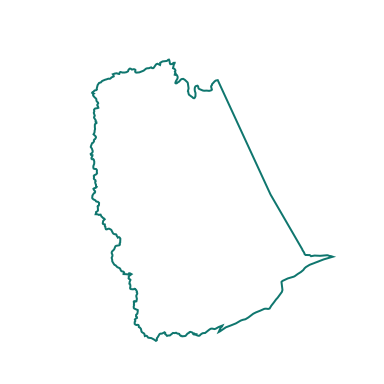 outline of Itupiranga, Pará, Brazil, rotated 67°
{"feature_id": "56859067B73095906204951", "entity_name": "Itupiranga", "entity_type": "district", "adm_level": 2, "iso_a3": "BRA", "parent_name": "Brazil", "parent_adm1": "Pará", "projection": "natural_earth1", "projection_center": [-49.924, -5.078], "detail": "fine", "context": "isolated", "style": "outline", "palette": "teal", "viewbox_px": 384, "rotation_deg": 67, "n_neighbors": 0, "source": "geoboundaries", "source_scale": "gbopen_adm2", "svg_char_len": 6007}
<svg xmlns="http://www.w3.org/2000/svg" viewBox="0 0 384 384"><g transform="rotate(67 192 192)"><path d="M331.3,222.1L331.2,220.7L329.8,213.7L330.0,208.7L330.1,202.9L329.4,197.5L329.5,195.3L330.0,192.5L329.5,189.1L328.0,183.2L327.8,180.2L327.9,175.5L327.8,171.1L328.3,169.5L329.4,167.6L329.6,166.1L327.7,163.5L325.6,159.7L323.8,156.7L322.8,154.5L319.1,148.3L317.5,147.0L309.8,144.8L309.2,143.5L309.0,137.5L309.7,131.4L309.6,130.2L308.8,126.7L308.2,123.0L307.3,120.0L306.2,118.2L305.6,116.4L305.0,112.2L305.5,97.1L306.6,87.7L305.2,89.3L304.8,90.2L303.3,91.8L302.9,92.6L300.8,99.0L298.4,104.0L297.6,107.5L296.7,107.9L296.0,108.4L294.4,112.0L293.3,112.6L291.4,112.5L288.7,113.0L287.9,112.9L225.0,120.7L99.1,124.6L98.7,126.5L99.0,127.9L100.6,131.4L101.4,131.9L101.8,132.7L102.6,133.3L105.6,133.7L105.9,134.7L105.8,135.5L105.6,136.7L104.4,138.9L103.5,141.3L102.8,142.4L99.9,145.2L98.9,145.5L97.2,145.1L96.3,145.4L96.1,146.5L96.1,147.4L96.8,148.4L98.2,149.3L100.1,149.9L102.3,150.1L105.2,151.4L106.3,152.6L106.5,153.5L105.9,154.2L105.2,154.4L103.1,155.7L101.1,156.8L99.4,156.6L98.3,156.3L97.6,156.4L95.5,154.8L94.7,154.5L90.1,153.3L89.3,153.3L85.9,154.8L84.4,155.9L84.0,157.5L84.2,158.5L85.4,160.9L85.4,161.8L85.9,163.4L85.8,164.3L85.1,164.7L83.8,163.6L82.1,161.3L81.3,160.6L80.3,160.2L78.6,160.2L77.9,160.7L77.8,161.5L77.3,162.1L76.6,161.6L76.4,160.7L74.6,160.8L74.2,160.1L73.5,159.7L71.9,160.0L70.6,161.1L67.3,158.7L66.9,157.9L66.3,157.5L65.9,158.5L66.4,160.3L66.2,161.1L65.8,162.0L65.1,162.1L61.9,161.4L61.1,161.5L61.0,162.3L61.4,163.2L61.5,164.1L60.3,168.1L60.6,170.8L61.7,171.1L62.6,171.8L60.5,173.6L60.4,174.6L60.6,175.4L62.7,178.7L62.8,179.5L62.3,180.4L61.3,180.9L61.2,183.3L60.6,185.0L60.5,186.1L61.4,189.1L61.3,193.7L60.4,196.5L59.8,197.2L59.0,197.3L58.4,196.8L57.4,196.4L56.7,196.9L56.2,197.6L55.8,199.5L54.5,200.3L54.1,201.3L54.8,202.8L55.9,203.7L56.1,205.5L55.7,207.3L55.0,209.1L53.6,211.0L53.7,211.8L54.9,212.8L54.5,213.6L53.3,214.9L52.8,216.9L52.7,218.8L53.5,218.6L55.0,218.9L55.1,221.5L55.5,222.2L55.7,223.2L55.4,224.1L55.0,224.7L54.9,226.8L54.7,228.1L54.7,231.3L55.5,233.1L55.3,234.9L56.7,237.1L59.6,239.3L60.5,239.5L60.8,240.4L60.5,242.0L61.2,243.7L61.2,244.5L61.7,245.2L62.4,244.8L63.0,244.1L63.2,244.9L64.0,244.9L64.6,245.3L66.7,244.7L68.4,243.9L69.1,243.8L70.7,244.3L71.6,244.2L72.9,243.6L73.7,243.7L74.7,245.1L75.5,245.4L76.2,245.1L77.9,245.3L77.9,246.1L77.3,248.5L77.6,249.4L78.1,250.1L79.5,250.4L80.8,251.5L83.8,251.7L84.9,253.0L85.8,253.1L88.5,252.6L89.1,253.1L89.8,253.3L90.4,252.7L91.3,253.1L91.3,253.9L91.6,254.6L92.2,255.2L94.6,256.2L96.1,256.6L97.4,257.6L98.8,258.3L99.5,258.9L100.4,260.1L102.7,259.1L103.5,258.9L104.3,259.1L105.4,260.5L105.5,261.4L106.0,262.1L106.9,262.3L107.5,263.0L108.0,263.9L108.0,264.9L110.4,267.2L111.0,267.6L112.9,267.2L115.5,267.4L116.4,267.9L116.9,268.6L117.4,270.4L118.3,270.5L119.2,269.2L119.8,269.5L121.4,271.3L122.2,271.5L122.9,271.1L123.2,270.0L124.1,269.8L125.9,270.1L127.8,271.0L129.6,272.7L131.0,273.3L132.0,273.4L132.6,272.8L133.4,271.3L134.3,271.0L135.0,271.1L136.6,271.9L137.5,272.0L138.0,272.6L138.3,273.4L138.4,275.4L138.9,276.2L139.7,276.2L141.2,277.1L141.9,277.1L143.5,276.3L144.5,276.5L144.9,277.2L146.0,277.5L146.9,277.6L147.6,277.5L149.3,278.1L150.0,277.7L150.4,278.4L150.5,279.4L150.3,280.5L150.6,281.5L152.6,281.3L153.4,280.9L154.2,281.2L154.8,281.9L154.8,282.8L156.3,285.0L158.3,286.1L159.0,286.2L160.5,285.5L161.2,284.7L162.2,284.1L163.1,284.0L163.7,283.4L164.3,282.4L165.7,281.8L167.4,282.6L168.1,283.2L168.0,284.1L168.5,284.6L169.4,284.7L172.1,285.7L172.7,286.5L173.0,288.2L173.6,288.4L174.8,289.4L175.6,287.7L176.8,286.6L176.8,285.8L177.1,285.0L179.3,284.9L180.0,284.4L180.9,284.2L182.2,283.2L183.0,283.0L183.6,284.6L184.1,285.2L186.0,286.4L186.8,286.3L187.8,284.9L189.5,285.6L190.2,285.3L191.1,285.7L192.6,285.8L193.1,285.1L193.1,283.4L193.4,282.6L194.7,281.5L195.4,281.1L198.7,280.9L199.5,280.7L200.2,280.2L200.9,279.3L201.1,278.6L201.8,278.3L203.3,278.4L204.0,278.1L205.0,278.1L205.0,277.3L205.3,276.6L206.1,276.3L207.0,276.2L210.5,277.9L211.0,278.7L211.7,278.7L212.4,279.1L212.6,279.9L211.9,282.8L212.1,283.8L214.4,286.1L215.5,288.8L216.2,289.5L216.9,289.8L218.9,289.8L220.0,290.4L221.2,291.7L223.0,291.9L224.7,292.5L227.6,292.1L228.8,291.8L229.6,291.0L232.0,290.1L233.8,288.4L234.7,288.1L235.6,288.2L237.3,287.9L238.4,286.4L239.1,286.0L239.8,286.0L240.2,286.8L240.8,287.1L242.1,284.4L242.7,283.6L242.7,282.4L242.2,281.6L242.8,280.7L244.0,279.8L244.7,282.7L245.2,283.3L246.1,283.6L246.6,284.1L247.3,284.0L248.0,283.3L248.9,283.0L250.1,284.3L252.0,285.5L252.7,285.0L254.1,285.3L255.6,286.0L256.1,286.5L256.9,286.6L257.5,286.2L258.5,284.4L258.7,283.7L258.6,282.8L259.1,282.1L259.8,282.1L260.4,281.7L262.2,281.6L262.8,282.1L263.6,281.9L264.3,282.2L265.4,283.6L266.1,284.0L268.9,284.5L270.9,285.9L270.8,286.7L270.2,287.1L269.9,287.9L270.4,288.6L271.2,288.5L272.6,289.4L273.3,289.4L274.6,290.4L276.0,290.9L276.7,290.7L278.7,288.9L279.3,288.1L280.2,288.3L282.6,289.8L283.2,291.4L284.7,292.1L285.6,291.6L286.4,291.8L286.7,293.8L287.2,294.5L287.9,294.4L289.0,294.9L289.3,295.6L291.0,296.3L291.8,296.0L292.7,295.2L292.9,294.2L293.4,293.4L294.0,293.2L295.6,293.7L296.5,292.9L298.1,292.5L300.8,293.0L301.5,292.8L303.7,291.3L306.2,291.7L306.3,290.5L306.9,289.8L309.0,289.2L310.6,286.5L313.1,284.5L314.9,283.4L314.7,282.3L312.9,281.5L312.4,280.5L310.2,277.5L310.0,276.5L310.4,275.7L310.6,274.5L310.4,272.1L311.2,271.7L312.4,272.2L313.1,271.7L314.7,271.2L314.7,270.3L315.4,268.4L314.3,264.6L315.2,262.9L315.3,261.7L316.7,260.7L317.1,259.8L317.6,259.2L318.5,259.2L319.3,258.9L320.0,258.6L320.3,257.8L321.0,257.5L321.8,254.9L321.9,254.1L320.5,251.3L320.6,250.2L320.0,249.1L320.1,248.2L321.4,246.7L322.3,246.2L323.3,246.4L324.0,245.8L323.4,245.0L324.2,244.4L324.6,243.5L325.3,244.0L326.5,242.7L327.1,241.8L327.1,240.9L326.6,239.9L326.2,238.1L326.2,237.1L326.9,235.0L325.5,230.0L325.2,228.3L325.5,227.0L327.0,224.8L327.1,223.6L326.7,220.3L326.8,216.1L327.5,216.9L328.0,218.5L331.3,222.1Z" fill="none" stroke="#0f766e" stroke-width="2"/></g></svg>